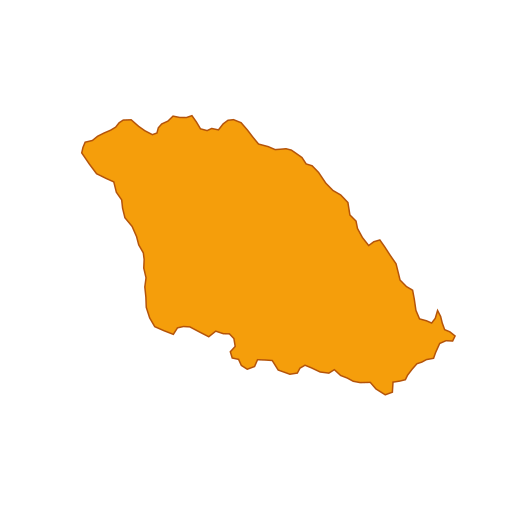 Divino de São Lourenço, Espírito Santo, Brazil (Equal Earth projection), rotated 327°
{"feature_id": "56859067B39988087600480", "entity_name": "Divino de São Lourenço", "entity_type": "district", "adm_level": 2, "iso_a3": "BRA", "parent_name": "Brazil", "parent_adm1": "Espírito Santo", "projection": "equal_earth", "projection_center": [-41.721, -20.586], "detail": "fine", "context": "isolated", "style": "filled", "palette": "amber", "viewbox_px": 512, "rotation_deg": 327, "n_neighbors": 0, "source": "geoboundaries", "source_scale": "gbopen_adm2", "svg_char_len": 1902}
<svg xmlns="http://www.w3.org/2000/svg" viewBox="0 0 512 512"><g transform="rotate(327 256 256)"><path d="M368.7,370.0L365.5,363.5L363.7,354.6L365.8,348.7L369.2,338.8L368.9,328.6L368.9,318.0L368.6,310.0L362.6,308.2L356.2,308.6L355.3,298.5L356.1,288.2L358.9,281.2L357.1,272.7L362.2,261.2L360.3,251.0L356.2,242.9L354.2,233.0L354.0,220.0L352.2,210.9L348.2,206.1L348.2,198.5L345.7,192.2L343.3,186.4L339.6,182.4L334.9,179.9L330.0,177.2L325.8,170.9L319.1,163.5L318.1,154.7L317.4,145.6L316.1,136.1L311.4,129.4L306.4,126.9L300.4,127.3L293.2,129.8L288.3,124.9L283.3,124.2L278.7,119.1L279.0,111.1L278.7,103.4L273.1,102.0L267.4,98.2L262.6,93.5L255.6,94.9L248.8,93.9L243.9,95.3L239.9,98.9L235.2,97.8L231.0,90.4L228.2,83.4L225.5,73.8L218.7,69.7L213.8,69.7L208.5,71.5L202.5,71.3L195.6,70.1L188.4,69.3L181.7,70.0L174.7,67.5L170.0,70.7L166.0,74.6L166.3,88.1L167.1,100.2L172.6,109.4L177.1,116.4L173.6,126.5L173.9,135.8L170.2,143.1L166.9,152.5L168.2,163.8L166.4,174.7L163.7,182.8L163.2,192.0L160.3,198.0L155.3,205.0L151.9,214.4L145.9,221.4L141.2,230.6L136.0,239.3L133.1,250.0L132.6,260.1L138.1,268.5L144.0,276.7L151.0,273.5L156.7,275.6L161.9,279.4L167.2,288.9L172.4,298.0L181.3,297.1L186.3,303.4L191.3,306.8L192.5,313.2L189.3,320.5L182.3,322.3L180.5,328.6L185.1,333.2L184.1,339.8L187.0,346.2L194.6,347.9L200.8,343.8L207.7,348.7L212.7,352.5L212.5,363.7L220.0,373.6L226.9,376.7L231.8,374.0L237.6,374.3L241.5,379.9L246.6,388.2L253.3,393.9L259.8,394.0L261.9,402.3L266.1,408.1L269.3,414.0L274.4,418.9L283.0,424.2L284.2,432.9L288.8,442.8L296.2,444.5L302.2,436.4L308.4,439.2L313.9,441.1L318.2,438.5L325.2,436.0L332.3,434.0L337.3,435.3L342.5,435.7L349.2,438.5L354.0,434.8L362.4,429.4L369.2,430.5L374.6,434.4L379.4,431.5L377.3,425.2L374.1,420.5L375.7,413.6L377.9,407.3L378.6,400.6L372.4,405.9L366.8,407.9L363.7,403.2L358.9,397.8L360.5,388.7L365.2,378.5L368.7,370.0Z" fill="#f59e0b" stroke="#b45309" stroke-width="1.5"/></g></svg>